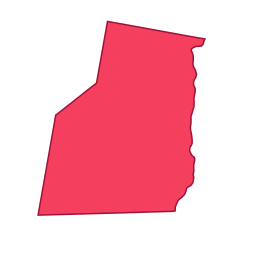 the district of Assunção do Piauí, Piauí, Brazil, rotated 10°
{"feature_id": "56859067B20016792285726", "entity_name": "Assunção do Piauí", "entity_type": "district", "adm_level": 2, "iso_a3": "BRA", "parent_name": "Brazil", "parent_adm1": "Piauí", "projection": "robinson", "projection_center": [-40.956, -5.876], "detail": "fine", "context": "isolated", "style": "filled", "palette": "rose", "viewbox_px": 256, "rotation_deg": 10, "n_neighbors": 0, "source": "geoboundaries", "source_scale": "gbopen_adm2", "svg_char_len": 1086}
<svg xmlns="http://www.w3.org/2000/svg" viewBox="0 0 256 256"><g transform="rotate(10 128 128)"><path d="M188.4,27.0L168.1,27.0L89.3,26.6L89.3,34.0L89.2,89.2L79.1,100.4L78.1,101.6L65.1,116.2L56.6,125.7L54.6,127.8L54.6,150.7L54.6,152.0L54.6,229.4L79.6,224.3L117.2,216.6L155.1,208.8L157.2,208.3L185.2,202.6L188.8,201.5L188.3,197.3L188.6,196.0L189.9,190.7L191.5,188.6L192.7,187.4L194.5,184.7L195.3,183.4L196.0,180.1L196.2,177.1L196.9,176.1L199.7,173.9L200.7,172.1L201.4,170.4L201.4,167.3L201.3,165.0L200.3,162.9L200.3,158.6L199.2,153.9L199.2,147.9L198.9,146.1L198.0,145.1L195.7,143.9L193.5,141.1L192.6,139.4L192.3,136.5L193.5,133.8L193.8,131.7L193.1,127.9L191.5,122.8L190.1,119.5L189.3,116.6L189.2,112.8L188.6,108.4L188.0,106.3L189.2,95.9L188.9,92.9L187.8,87.3L187.8,79.9L187.2,77.3L185.1,74.2L184.7,72.3L184.6,70.9L185.0,68.7L185.9,66.5L186.2,63.1L184.0,58.9L182.0,56.3L180.9,54.2L180.6,51.9L180.5,50.0L179.8,46.1L178.5,43.0L176.6,40.5L177.0,38.7L179.0,37.1L180.3,36.1L182.0,35.6L185.8,34.7L187.4,32.7L187.8,28.6L188.4,27.0Z" fill="#f43f5e" stroke="#9f1239" stroke-width="1.5"/></g></svg>